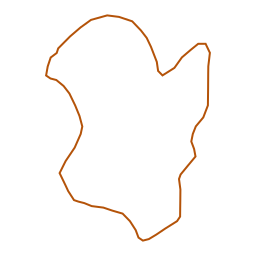 the district of Puryong, Hamgyŏng-bukto, North Korea
{"feature_id": "82179303B95814990753322", "entity_name": "Puryong", "entity_type": "district", "adm_level": 2, "iso_a3": "PRK", "parent_name": "North Korea", "parent_adm1": "Hamgyŏng-bukto", "projection": "robinson", "projection_center": [129.695, 42.122], "detail": "fine", "context": "isolated", "style": "outline", "palette": "amber", "viewbox_px": 256, "rotation_deg": 0, "n_neighbors": 0, "source": "geoboundaries", "source_scale": "gbopen_adm2", "svg_char_len": 921}
<svg xmlns="http://www.w3.org/2000/svg" viewBox="0 0 256 256"><path d="M209.3,51.6L205.6,43.8L198.2,43.8L190.8,49.8L181.9,57.4L174.4,67.9L162.5,75.4L158.1,70.9L156.8,61.9L153.9,54.4L151.0,46.9L146.7,37.9L140.9,30.4L132.2,21.3L119.0,16.9L107.2,15.4L91.0,19.9L80.6,27.4L70.1,36.4L58.2,48.4L56.7,53.0L50.7,57.5L47.7,66.5L46.1,75.5L50.5,78.5L56.3,80.0L63.6,86.0L69.4,93.5L75.2,105.5L79.5,116.0L82.3,126.5L80.7,134.0L74.7,147.6L65.6,161.1L59.6,173.1L65.4,185.1L68.2,191.1L74.0,200.1L78.4,201.6L84.3,203.1L91.7,206.1L103.4,207.6L112.3,210.6L122.6,213.6L129.9,221.1L135.7,230.1L138.5,237.6L142.9,240.6L148.8,239.1L156.3,234.6L165.2,228.6L177.1,221.1L180.1,216.6L180.2,207.6L180.3,200.1L180.4,189.5L179.0,179.0L180.6,174.5L188.0,165.5L195.5,156.5L194.1,149.0L191.3,141.5L192.8,134.0L195.8,126.4L203.3,117.4L207.9,105.4L208.1,88.9L208.2,73.9L208.3,66.3L209.9,52.8L209.3,51.6Z" fill="none" stroke="#b45309" stroke-width="2"/></svg>